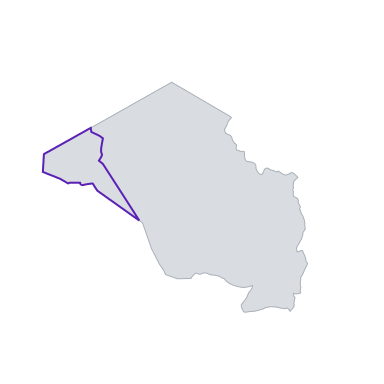 where Tibesti sits in Chad, rotated 301°
{"feature_id": "TCD-5578", "entity_name": "Tibesti", "entity_type": "Préfecture", "adm_level": 1, "iso_a3": "TCD", "parent_name": "Chad", "parent_adm1": "", "projection": "robinson", "projection_center": [15.919, 20.285], "detail": "fine", "context": "in_parent", "style": "outline", "palette": "violet", "viewbox_px": 384, "rotation_deg": 301, "n_neighbors": 0, "source": "natural_earth", "source_scale": "10m", "svg_char_len": 5883}
<svg xmlns="http://www.w3.org/2000/svg" viewBox="0 0 384 384"><g transform="rotate(301 192 192)"><path d="M275.6,118.0L275.7,126.2L275.8,134.3L275.9,142.5L276.0,150.7L276.1,158.9L276.2,167.1L276.3,175.2L276.4,183.4L276.4,186.1L276.2,187.2L276.1,187.4L275.8,187.5L272.0,186.8L270.3,186.8L268.0,187.3L264.6,187.7L262.3,187.6L260.8,189.0L259.6,190.7L260.2,194.7L260.1,196.1L259.7,197.5L258.6,198.7L257.6,199.6L257.0,200.5L256.2,202.3L255.7,203.2L255.7,204.3L255.5,205.5L254.9,206.2L253.3,206.6L252.3,207.2L251.5,208.0L250.9,208.7L251.2,209.5L251.6,210.7L251.9,212.5L252.0,213.6L252.8,214.4L253.3,215.0L253.5,215.8L253.0,216.4L251.1,217.8L250.3,218.2L249.4,218.9L249.1,219.2L247.6,220.4L246.9,221.5L246.6,222.4L246.6,223.7L247.4,225.6L248.2,227.2L248.5,228.5L248.7,229.8L248.6,231.1L248.2,232.2L247.5,233.2L244.8,235.0L243.5,237.1L242.4,239.6L242.2,240.9L242.5,241.9L243.0,242.6L243.8,243.0L245.0,243.1L246.9,242.7L248.7,242.4L250.7,243.3L251.7,245.4L251.3,247.0L252.0,249.7L252.7,253.1L252.7,254.2L252.9,254.6L254.1,254.8L254.4,255.6L254.1,261.5L254.6,263.1L255.4,264.3L256.4,264.9L257.3,265.7L257.7,266.3L258.8,266.4L260.0,267.5L260.3,268.9L260.3,270.3L259.6,273.2L259.0,275.3L258.4,275.1L256.9,274.6L255.2,274.2L253.1,273.8L251.1,274.7L249.0,275.7L248.3,276.5L247.7,277.0L246.8,276.9L245.9,277.0L245.4,277.8L244.6,278.6L241.5,280.3L240.9,281.0L240.5,281.6L240.5,282.3L240.8,283.6L240.8,285.4L240.1,286.8L239.3,287.7L238.4,288.1L237.7,288.3L237.2,288.9L235.5,292.1L234.8,292.7L233.4,292.6L229.3,297.4L228.9,298.8L227.4,300.8L225.5,303.0L223.8,304.1L223.7,304.5L223.3,304.9L222.2,305.4L218.6,308.1L214.2,308.0L212.3,309.1L210.5,309.5L207.7,310.1L206.9,310.0L203.4,310.2L199.3,310.2L197.7,310.5L196.2,311.6L195.2,312.5L195.0,312.8L195.2,313.2L195.1,313.5L198.0,315.7L198.7,316.8L198.0,317.8L197.6,318.0L197.1,318.9L195.5,321.4L192.9,324.3L191.6,325.2L191.1,325.7L190.4,327.7L189.9,327.9L188.2,328.2L184.7,328.4L179.9,329.1L177.0,329.3L175.2,329.1L172.7,330.4L171.7,330.8L171.2,330.9L168.7,332.2L166.6,334.2L165.9,334.6L162.9,335.5L161.8,336.9L161.2,337.0L159.3,335.2L158.1,333.5L157.4,331.8L157.4,331.2L157.0,331.4L156.0,332.1L155.1,333.0L154.7,334.6L151.6,335.7L149.1,336.6L147.9,337.8L146.1,338.4L143.7,338.2L141.9,337.7L140.2,337.5L141.0,336.0L141.3,334.9L141.4,333.6L141.3,332.7L140.2,332.2L139.6,331.5L138.0,327.2L136.5,322.9L134.3,318.6L131.9,315.8L130.2,314.1L129.6,313.9L128.7,313.4L128.1,312.9L124.9,310.0L121.7,306.7L120.8,305.2L119.2,303.0L117.3,300.7L116.4,299.7L115.9,297.8L117.2,296.1L118.6,293.9L120.2,292.5L122.4,292.4L125.9,293.0L129.8,293.2L133.6,292.7L134.6,292.4L135.5,292.5L137.6,293.0L141.2,292.8L143.0,292.0L141.0,290.5L138.9,288.1L136.9,285.6L135.7,283.2L134.6,280.2L133.6,276.5L132.9,271.7L133.0,269.0L133.3,267.0L134.4,263.9L133.7,262.0L133.9,260.5L133.8,258.3L133.4,257.1L132.0,253.5L131.8,253.1L130.5,250.5L130.0,246.2L128.6,243.4L126.4,242.1L125.2,240.4L124.7,237.5L123.8,236.7L120.3,235.7L117.4,235.7L115.3,232.4L112.6,228.1L110.1,224.2L108.5,216.3L107.6,211.8L108.7,210.4L110.7,207.2L113.4,201.1L119.4,191.6L122.4,186.7L128.5,179.4L135.9,170.5L140.1,165.4L140.8,156.3L141.5,146.6L142.1,139.3L142.8,130.6L143.3,123.3L143.7,118.0L144.3,110.5L144.8,109.1L147.7,103.2L148.0,102.4L147.4,101.4L143.3,96.4L142.0,95.3L141.2,92.7L142.3,91.3L137.3,82.9L136.1,81.9L135.6,80.8L135.5,79.3L135.4,73.5L134.1,64.4L132.4,53.8L138.2,50.8L142.6,48.5L148.3,45.6L153.5,48.6L161.1,52.9L168.7,57.3L176.3,61.6L183.9,65.9L191.5,70.3L199.1,74.6L206.7,79.0L214.3,83.3L222.0,87.6L229.6,92.0L237.3,96.3L244.9,100.6L252.6,105.0L260.3,109.3L267.9,113.7L275.6,118.0Z" fill="#d9dde1" stroke="#a8b0b8" stroke-width="1"/><path d="M148.3,45.6L149.7,46.4L151.7,47.5L153.6,48.7L155.6,49.8L157.5,50.9L159.5,52.0L161.5,53.1L163.4,54.3L165.4,55.4L167.3,56.5L169.3,57.6L171.2,58.7L173.2,59.9L175.2,61.0L177.1,62.1L179.1,63.2L181.0,64.3L183.0,65.4L185.0,66.6L186.9,67.7L188.9,68.8L190.8,69.9L192.8,71.0L194.8,72.2L191.6,74.8L192.1,79.4L192.5,83.9L192.1,88.0L188.6,89.3L182.7,91.6L179.6,93.4L177.6,95.7L175.6,96.1L170.9,96.1L170.2,101.1L161.6,118.6L152.9,136.3L140.4,161.5L140.5,160.6L140.5,159.8L140.6,159.0L140.7,158.1L140.7,157.3L140.8,156.5L140.9,155.6L140.9,154.8L141.0,154.0L141.0,153.1L141.1,152.3L141.2,151.4L141.2,150.6L141.3,149.8L141.4,148.9L141.4,148.1L141.5,147.3L141.6,146.4L141.6,145.6L141.6,145.4L141.7,144.8L141.8,143.9L141.8,143.1L141.9,142.2L142.0,141.4L142.0,140.6L142.1,139.7L142.1,138.9L142.2,138.1L142.3,137.2L142.3,136.4L142.4,135.6L142.5,134.7L142.5,133.9L142.6,133.0L142.7,132.2L142.7,131.4L142.8,130.5L142.9,129.7L142.9,128.9L143.0,128.0L143.1,127.2L143.1,126.4L143.2,125.5L143.2,124.7L143.3,123.8L143.4,123.0L143.4,122.2L143.5,121.3L143.6,120.5L143.6,119.7L143.7,118.8L143.8,118.0L143.8,117.2L143.9,116.3L144.0,115.5L144.0,114.6L144.1,113.8L144.1,113.0L144.2,112.1L144.3,111.3L144.3,110.5L144.8,109.1L145.1,108.6L145.7,107.4L146.3,106.1L147.0,104.8L147.6,103.6L147.9,102.9L148.1,102.6L148.0,102.3L147.8,101.9L147.4,101.4L146.5,100.3L145.6,99.2L144.7,98.1L143.7,97.0L143.3,96.4L142.0,95.3L141.7,95.0L141.5,94.6L141.3,94.1L141.2,93.3L141.3,92.4L141.7,91.7L142.3,91.3L142.1,90.9L141.8,90.4L141.5,90.0L141.3,89.5L141.0,89.1L140.7,88.6L140.5,88.2L140.2,87.7L139.9,87.3L139.7,86.9L139.4,86.4L139.1,86.0L138.9,85.5L138.6,85.1L138.3,84.6L138.1,84.2L137.8,83.7L137.4,83.1L136.9,82.3L136.6,82.1L135.8,81.7L135.6,81.4L135.5,81.1L135.5,80.6L135.5,80.3L135.5,79.3L135.5,78.0L135.5,76.4L135.4,74.9L135.4,73.5L135.4,72.6L135.4,72.2L135.3,71.5L135.2,70.7L135.0,69.9L134.8,68.8L134.7,67.6L134.5,66.5L134.3,65.3L134.1,64.2L133.9,63.0L133.7,61.9L133.5,60.7L133.3,59.6L133.1,58.4L133.0,57.3L132.8,56.1L132.6,55.0L132.4,53.8L132.7,53.7L133.6,53.2L134.5,52.7L135.4,52.3L136.3,51.8L137.2,51.3L138.1,50.8L139.1,50.3L140.0,49.9L140.9,49.4L141.8,48.9L142.7,48.4L143.6,47.9L144.5,47.5L145.4,47.0L146.4,46.5L147.3,46.0L148.0,45.7L148.3,45.6Z" fill="none" stroke="#5b21b6" stroke-width="2"/></g></svg>